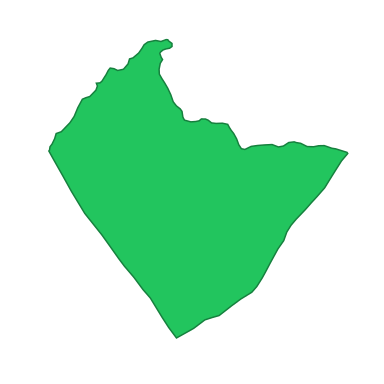 Felo-Jekwi, Grand Kru, Liberia (Natural Earth projection), rotated 99°
{"feature_id": "62588387B92809240343923", "entity_name": "Felo-Jekwi", "entity_type": "district", "adm_level": 2, "iso_a3": "LBR", "parent_name": "Liberia", "parent_adm1": "Grand Kru", "projection": "natural_earth1", "projection_center": [-8.409, 4.727], "detail": "fine", "context": "isolated", "style": "filled", "palette": "green", "viewbox_px": 384, "rotation_deg": 99, "n_neighbors": 0, "source": "geoboundaries", "source_scale": "gbopen_adm2", "svg_char_len": 1765}
<svg xmlns="http://www.w3.org/2000/svg" viewBox="0 0 384 384"><g transform="rotate(99 192 192)"><path d="M338.6,184.5L335.0,179.9L327.5,170.4L326.4,169.0L316.3,159.3L312.8,152.4L309.8,145.9L298.1,135.0L290.1,127.1L281.6,117.2L275.2,113.2L265.9,109.2L259.8,107.0L250.1,103.7L234.7,98.2L225.7,93.8L216.7,92.1L209.4,89.0L202.6,84.9L191.8,77.4L184.2,72.6L176.8,67.7L167.1,61.6L158.9,58.2L146.9,53.1L137.9,49.2L129.6,44.2L128.6,45.1L126.9,56.8L126.9,60.7L125.5,68.6L126.5,74.1L128.3,79.0L129.1,85.4L126.9,92.3L126.9,96.6L126.5,98.9L128.0,104.2L132.3,108.9L134.0,113.7L132.6,120.3L134.3,128.3L135.8,134.5L137.7,140.7L141.7,146.4L141.5,150.0L138.0,153.2L132.6,156.2L127.7,160.0L124.9,163.0L122.4,165.2L119.6,167.3L119.3,172.7L120.5,178.9L120.7,183.5L118.6,187.1L117.8,190.1L118.4,194.2L120.6,196.1L121.8,199.4L122.9,204.1L122.2,210.7L119.5,212.7L113.9,214.5L111.7,216.7L109.4,220.9L105.8,224.7L99.2,228.2L93.3,232.2L88.4,236.2L84.7,239.5L80.7,242.7L75.9,243.7L69.9,243.5L65.8,241.8L63.8,243.5L60.2,245.5L58.9,245.1L56.3,242.9L54.8,240.2L53.5,236.6L51.4,234.5L48.4,235.0L46.3,239.0L45.4,239.7L45.5,241.3L48.2,246.2L48.0,251.7L50.8,259.1L54.0,262.3L58.0,263.9L63.1,266.4L68.8,271.3L70.3,274.5L75.5,275.2L81.5,278.9L83.6,284.4L82.4,288.4L82.4,292.2L85.0,293.7L89.8,295.3L92.7,296.6L96.5,298.2L98.6,299.9L99.5,303.5L102.1,302.0L106.4,302.8L113.7,307.9L115.5,311.6L117.5,314.8L120.1,315.7L126.7,318.0L135.8,320.2L142.7,323.4L148.0,327.1L152.9,330.5L155.5,335.3L160.8,336.0L166.5,337.7L169.5,339.3L173.0,339.3L173.9,339.8L182.2,333.3L195.9,322.4L210.6,310.9L230.0,294.5L248.2,274.6L256.5,266.4L269.3,253.9L275.9,247.1L279.8,242.5L285.5,235.9L296.0,225.2L303.2,216.6L320.7,201.7L323.7,199.0L329.5,193.8L338.6,184.5Z" fill="#22c55e" stroke="#15803d" stroke-width="1.5"/></g></svg>